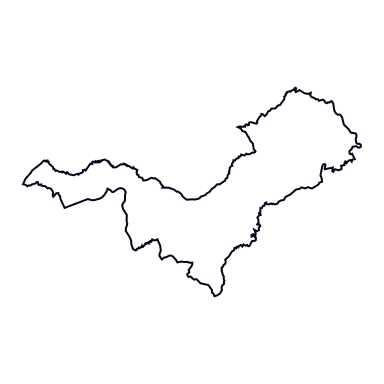 the district of Jesús María, Santander, Colombia
{"feature_id": "7082276B47652322340451", "entity_name": "Jesús María", "entity_type": "district", "adm_level": 2, "iso_a3": "COL", "parent_name": "Colombia", "parent_adm1": "Santander", "projection": "orthographic", "projection_center": [-73.834, 5.851], "detail": "fine", "context": "isolated", "style": "outline", "palette": "ink", "viewbox_px": 384, "rotation_deg": 0, "n_neighbors": 0, "source": "geoboundaries", "source_scale": "gbopen_adm2", "svg_char_len": 6009}
<svg xmlns="http://www.w3.org/2000/svg" viewBox="0 0 384 384"><path d="M354.8,159.2L352.1,153.7L350.9,154.3L349.6,153.6L349.4,151.1L351.9,148.7L352.5,146.8L356.1,146.2L358.2,147.6L359.7,147.6L361.0,146.4L360.7,144.7L359.7,143.9L357.0,143.7L356.4,143.1L355.7,139.3L356.6,135.9L356.1,133.9L355.3,133.3L350.9,132.6L348.6,129.2L343.9,124.6L342.0,117.1L340.5,115.1L339.8,114.6L337.7,114.7L335.7,113.1L334.4,110.8L333.2,103.5L331.7,101.1L331.0,101.2L329.6,102.5L328.1,102.3L327.0,103.2L325.3,102.5L324.6,101.0L322.7,99.6L319.0,100.8L318.2,99.5L315.5,99.1L314.8,98.2L311.4,96.9L310.2,95.2L310.7,92.9L308.4,93.9L304.6,93.3L299.5,90.1L295.9,92.1L295.5,91.7L295.6,89.8L296.2,88.4L295.6,87.8L294.4,88.4L293.8,89.9L291.8,90.4L290.5,91.6L289.8,91.2L286.6,92.3L286.7,93.5L285.5,94.2L285.7,95.5L284.2,96.6L284.5,97.9L284.1,99.4L280.1,104.9L277.8,105.7L275.4,108.4L271.3,108.7L270.3,110.5L268.3,111.4L266.1,115.0L264.8,116.1L262.7,114.2L261.4,113.9L261.1,115.6L259.3,117.2L256.9,121.4L257.3,122.7L256.5,123.7L250.8,122.1L249.0,122.7L249.0,124.9L247.7,125.3L246.8,124.3L245.5,124.7L245.1,126.6L244.1,126.2L243.4,126.9L239.7,126.4L237.8,127.1L240.8,128.5L242.3,131.0L245.2,131.9L246.0,132.7L247.9,136.4L248.7,137.1L250.3,140.8L252.8,143.5L253.7,149.0L255.5,151.3L255.2,152.0L254.0,152.7L252.7,152.4L250.2,153.9L248.3,154.3L246.2,153.7L245.6,154.8L244.4,155.5L241.3,154.7L241.4,155.2L240.4,155.9L240.4,156.4L238.6,156.6L238.6,157.9L236.0,159.0L235.1,160.5L233.4,160.3L233.4,161.9L232.0,163.6L231.8,165.3L232.3,165.8L230.9,166.4L229.7,167.9L229.6,170.6L229.0,171.3L228.8,172.6L229.3,172.9L229.1,173.7L227.7,175.0L227.3,178.0L225.7,178.6L225.2,180.5L219.8,184.2L217.0,184.4L214.8,186.9L211.8,189.0L209.6,191.8L206.2,193.9L205.7,194.9L200.5,196.8L199.8,198.1L197.5,199.0L194.4,199.6L192.6,199.3L186.6,199.7L183.0,196.9L181.1,193.8L178.1,191.6L176.7,191.7L174.5,189.9L168.9,187.7L162.4,187.7L163.1,186.4L160.6,183.6L160.0,181.8L155.3,178.2L154.1,178.5L151.2,177.8L146.6,180.2L143.3,180.5L142.2,177.9L138.9,177.0L138.4,174.9L137.2,174.7L136.5,172.6L137.6,169.3L137.4,169.8L135.1,169.1L133.7,167.6L133.7,168.2L133.2,168.0L132.7,168.5L128.6,165.9L127.3,166.1L127.1,165.2L125.7,165.1L125.4,164.2L123.7,163.7L123.6,164.3L120.7,164.4L116.0,167.3L113.0,167.3L112.8,165.8L110.8,166.3L111.4,166.0L111.2,165.5L110.2,164.6L110.6,164.2L110.1,163.6L108.5,162.5L108.9,161.6L104.4,159.5L102.3,160.2L101.5,161.1L101.0,160.6L100.3,161.6L99.5,161.1L99.1,162.0L98.4,161.3L97.9,162.3L97.5,162.3L97.5,161.2L96.3,161.4L96.9,162.1L96.5,162.3L95.7,161.4L95.3,162.3L94.0,161.7L93.6,161.7L93.7,162.3L92.3,162.2L92.3,163.0L91.5,163.3L91.8,164.0L90.2,163.8L85.6,170.5L84.8,169.7L84.0,170.3L83.0,170.1L82.9,171.7L82.3,172.6L79.9,173.4L78.5,174.6L78.1,173.8L75.6,174.4L74.0,175.3L69.1,174.3L67.3,172.2L66.9,172.2L66.9,173.4L66.3,173.8L63.2,171.6L62.3,172.4L61.7,171.7L59.6,171.9L56.6,170.4L55.7,171.0L54.7,170.1L54.5,169.1L53.3,168.9L53.2,167.3L49.3,163.8L48.4,162.4L48.6,161.7L47.8,161.4L47.5,160.5L46.4,160.9L46.6,161.5L46.1,161.7L44.8,160.5L43.6,160.9L40.7,163.8L32.5,170.2L30.4,173.3L25.6,178.6L23.0,184.3L25.6,184.8L27.4,186.3L28.6,185.4L30.6,185.5L31.8,184.5L35.6,183.4L36.3,182.4L37.4,182.0L38.1,182.4L38.3,184.5L39.0,185.0L41.3,184.4L41.6,185.8L45.1,186.1L47.6,188.3L48.5,188.0L51.1,188.8L53.0,192.0L53.2,193.3L52.7,194.0L52.8,196.0L53.3,196.7L56.4,193.2L58.3,193.1L58.7,194.7L59.9,195.8L60.5,199.0L64.6,207.9L88.0,199.0L91.4,200.1L94.4,200.1L100.1,198.5L102.4,197.1L104.7,194.6L107.2,190.3L107.5,188.7L110.4,190.2L112.3,192.1L113.1,192.2L118.4,188.6L120.8,188.1L123.3,188.8L124.5,189.9L125.8,192.2L125.1,194.4L124.9,200.9L122.7,203.9L122.2,205.7L123.1,209.0L126.8,215.0L126.6,220.9L127.3,223.8L125.8,228.6L125.8,230.9L129.5,236.9L131.1,240.4L131.4,244.6L133.1,249.1L135.8,250.5L136.7,249.8L136.8,248.9L138.5,248.5L138.7,247.6L140.1,247.9L140.8,247.0L141.4,247.0L141.8,246.1L142.0,247.1L143.0,246.9L144.1,245.3L145.8,244.2L145.3,243.7L146.1,243.0L148.5,243.4L148.1,242.8L149.4,242.2L149.1,241.8L149.8,241.4L150.2,242.1L150.7,242.1L150.6,241.0L151.9,240.8L151.9,239.6L152.6,239.5L152.8,240.2L156.0,240.2L157.4,239.3L160.2,245.7L160.8,250.7L159.5,254.0L159.5,256.0L161.9,259.5L163.9,257.7L166.7,257.0L169.5,255.5L171.0,255.5L172.9,256.5L175.7,259.5L177.4,262.4L181.8,261.5L183.8,262.0L187.6,261.9L189.1,262.7L192.3,262.7L192.4,264.1L191.4,266.4L188.7,269.9L189.3,272.3L187.1,274.3L188.1,276.5L188.6,277.0L190.4,276.5L194.0,279.6L196.1,279.2L197.0,279.6L200.5,283.3L208.3,285.0L211.9,290.0L212.1,292.7L213.4,293.6L214.5,296.2L217.3,295.3L220.1,293.4L221.9,290.0L221.6,287.3L222.5,285.2L224.1,283.8L223.8,281.9L224.4,280.7L223.7,279.1L223.8,276.5L222.9,275.1L221.5,269.9L221.9,269.1L221.6,267.7L223.3,266.3L223.5,265.0L225.3,263.7L225.7,261.7L225.2,259.7L229.4,255.8L231.8,251.6L234.0,250.2L234.5,248.0L236.3,248.4L236.5,246.9L237.2,246.6L238.3,247.3L238.8,246.1L240.9,245.0L242.3,246.5L243.4,244.5L245.6,245.7L247.3,245.0L248.1,246.1L249.0,246.2L249.7,245.7L251.8,241.3L255.4,240.6L255.9,239.9L255.8,237.6L255.0,237.1L255.3,236.0L253.9,235.8L251.6,236.6L251.5,235.1L252.6,234.4L255.5,234.3L255.8,233.8L254.3,229.7L257.1,231.3L258.9,230.2L258.7,227.8L260.2,226.3L260.2,225.5L259.3,224.4L257.7,224.8L257.2,224.4L258.5,222.4L258.4,219.5L257.4,217.5L259.4,215.2L260.7,214.8L260.3,213.8L259.1,213.8L258.9,213.3L260.3,212.2L260.4,208.1L261.9,208.0L262.8,206.1L264.4,205.7L264.8,203.4L266.1,202.5L266.8,204.1L268.6,204.4L271.2,203.5L272.2,204.3L273.3,203.6L274.6,204.3L276.1,204.1L277.7,203.4L278.6,201.7L281.3,200.3L282.9,200.3L283.9,199.8L285.5,197.0L290.6,194.3L296.1,189.5L299.7,188.8L301.5,187.3L305.1,188.4L308.0,187.2L311.9,188.5L318.4,184.6L319.3,182.7L322.1,181.7L321.6,178.1L320.5,175.3L322.2,166.5L323.3,164.3L324.8,164.1L325.5,164.9L324.6,168.6L324.9,169.2L332.9,167.6L332.3,171.2L333.2,171.8L334.9,169.3L338.7,170.3L341.4,169.2L341.7,168.0L341.1,165.8L344.5,165.0L344.5,163.0L345.3,161.4L345.8,161.7L345.8,162.9L346.4,163.3L347.2,161.9L349.1,160.4L350.5,160.1L351.7,161.6L352.4,159.5L354.8,159.2Z" fill="none" stroke="#020617" stroke-width="2"/></svg>